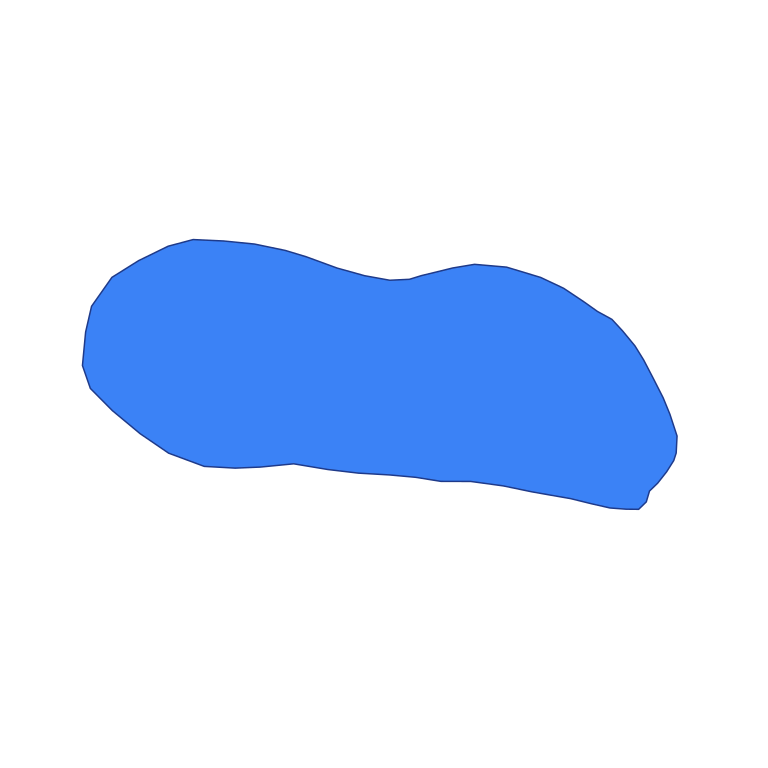 the district of Foammulah, Maldives, rotated 131°
{"feature_id": "70690204B71388549423545", "entity_name": "Foammulah", "entity_type": "district", "adm_level": 2, "iso_a3": "MDV", "parent_name": "Maldives", "parent_adm1": "", "projection": "equal_earth", "projection_center": [73.424, -0.376], "detail": "fine", "context": "isolated", "style": "filled", "palette": "blue", "viewbox_px": 768, "rotation_deg": 131, "n_neighbors": 0, "source": "geoboundaries", "source_scale": "gbopen_adm2", "svg_char_len": 891}
<svg xmlns="http://www.w3.org/2000/svg" viewBox="0 0 768 768"><g transform="rotate(131 384 384)"><path d="M482.0,659.3L517.2,655.7L540.5,643.3L567.9,623.7L580.0,602.7L582.3,571.5L581.5,535.5L577.5,501.1L564.1,465.6L545.1,441.1L527.8,422.8L503.5,399.8L485.4,370.3L468.1,344.9L449.1,320.3L433.8,299.1L420.1,277.1L400.7,254.7L382.7,227.2L368.4,201.7L358.5,185.2L348.1,168.0L338.2,148.7L329.3,132.1L319.6,119.1L311.5,109.6L300.9,108.7L290.6,113.4L279.4,112.4L264.8,113.1L251.7,115.1L244.4,118.2L231.0,128.7L219.3,148.3L211.3,164.2L203.4,183.7L195.5,203.8L190.6,219.6L187.4,238.8L185.7,254.4L189.2,270.5L190.7,286.0L193.9,311.2L200.8,335.7L215.4,368.2L234.3,394.2L251.4,408.3L277.7,426.9L288.3,433.5L301.9,447.7L315.0,469.7L327.2,495.3L338.9,525.9L347.9,546.0L363.3,573.5L381.3,598.9L400.2,622.8L421.6,637.3L451.8,650.1L482.0,659.3Z" fill="#3b82f6" stroke="#1e3a8a" stroke-width="1.5"/></g></svg>